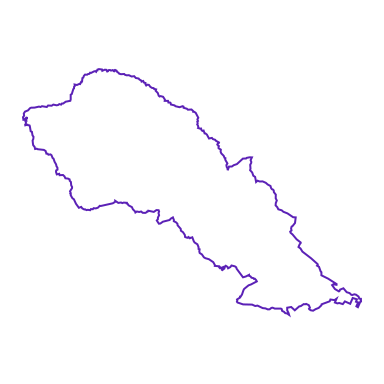 Gura Calitei, Vrancea, Romania (Natural Earth projection)
{"feature_id": "2599482B12509876512521", "entity_name": "Gura Calitei", "entity_type": "district", "adm_level": 2, "iso_a3": "ROU", "parent_name": "Romania", "parent_adm1": "Vrancea", "projection": "natural_earth1", "projection_center": [26.933, 45.627], "detail": "fine", "context": "isolated", "style": "outline", "palette": "violet", "viewbox_px": 384, "rotation_deg": 0, "n_neighbors": 0, "source": "geoboundaries", "source_scale": "gbopen_adm2", "svg_char_len": 5913}
<svg xmlns="http://www.w3.org/2000/svg" viewBox="0 0 384 384"><path d="M357.9,307.2L360.6,301.1L361.0,301.2L360.9,298.8L359.3,298.7L358.6,296.6L356.0,294.7L354.4,294.3L352.2,295.0L351.3,294.8L349.6,293.1L346.7,292.2L343.4,288.3L340.1,289.6L339.4,291.1L338.9,291.4L334.9,289.0L332.1,285.1L333.3,284.3L336.5,284.8L336.6,284.1L328.2,278.7L321.4,275.3L321.4,272.2L320.6,271.3L319.0,266.8L317.1,265.7L317.8,264.9L317.6,264.1L311.1,258.3L302.4,251.6L300.5,248.5L298.5,247.0L299.6,244.4L300.7,243.0L300.7,242.5L296.6,239.3L292.5,234.4L290.6,232.8L290.2,231.6L291.5,230.5L291.1,228.4L291.6,226.6L292.6,226.0L295.0,223.0L295.7,217.4L293.1,217.2L287.5,213.4L283.4,211.8L281.7,210.3L278.3,209.3L277.3,207.2L275.6,205.4L275.8,203.0L276.8,200.5L275.7,198.3L275.8,194.6L273.9,192.2L273.7,190.4L273.0,189.6L271.9,189.2L271.0,187.9L270.5,186.0L267.7,184.5L265.8,182.8L262.6,181.4L259.7,181.5L257.5,180.7L256.1,182.0L255.1,176.9L253.3,175.7L252.2,172.5L250.1,170.2L250.5,168.6L250.2,164.8L251.2,162.9L251.3,161.9L250.6,160.2L251.9,157.4L249.5,157.3L246.6,157.9L246.1,158.5L242.9,158.6L236.9,164.1L233.7,165.2L231.9,166.5L229.0,166.6L228.0,169.5L227.6,169.4L227.6,168.6L226.7,166.9L226.4,165.1L227.4,163.4L225.5,160.2L225.2,159.1L225.4,158.2L224.5,157.8L223.7,155.8L221.3,153.4L220.6,151.7L220.8,149.6L218.6,148.3L218.5,146.7L218.9,146.1L217.3,144.6L217.8,143.5L218.9,142.9L219.0,142.5L215.8,140.7L215.2,139.8L212.9,139.1L211.9,137.9L209.0,138.5L206.9,134.6L205.4,133.4L204.6,133.4L203.6,130.6L202.8,131.0L201.7,130.4L201.0,128.5L200.2,128.7L198.1,128.0L198.4,127.4L197.9,125.4L197.2,124.5L197.7,123.3L197.3,121.6L198.0,121.0L197.4,119.3L198.3,117.8L195.7,112.8L194.2,111.8L193.2,111.8L193.1,111.0L191.5,109.5L187.9,109.7L186.8,108.7L183.6,107.8L183.5,106.6L182.6,106.2L179.6,107.2L175.4,106.2L174.6,105.4L170.9,104.5L170.6,103.0L170.0,102.5L168.4,102.5L168.0,100.9L164.7,100.9L164.9,99.6L163.1,96.8L160.6,96.1L159.6,96.5L158.7,95.7L157.8,93.0L155.6,90.7L156.1,89.4L153.9,88.8L153.6,88.1L152.0,87.9L150.3,86.8L148.9,84.9L147.3,84.7L146.2,85.5L145.5,84.4L145.5,83.0L144.0,82.6L143.2,81.0L141.6,81.6L141.3,80.6L139.4,79.5L138.6,78.5L135.8,78.0L134.2,76.2L131.6,76.5L128.9,75.2L126.6,75.3L125.0,74.8L124.2,74.0L121.0,74.2L119.2,73.7L118.4,72.6L117.4,72.2L116.5,70.6L115.0,69.9L114.6,70.1L114.9,70.9L114.5,71.3L113.8,71.2L112.7,70.1L111.0,70.6L110.0,70.0L108.4,70.2L108.0,71.2L107.2,71.5L106.2,69.8L104.8,69.7L102.3,70.8L102.0,69.5L98.9,69.1L97.5,69.6L97.4,70.5L96.5,70.7L96.1,71.8L95.3,71.2L94.2,71.3L91.1,72.9L90.1,72.7L89.4,73.8L87.9,74.1L87.1,74.7L85.0,74.6L83.8,76.0L83.3,77.6L82.4,78.1L82.1,81.2L81.3,81.6L81.5,82.4L80.6,82.8L80.1,84.1L79.1,84.0L76.9,85.0L74.6,84.5L74.8,86.0L74.1,86.7L74.0,88.4L73.3,89.1L71.8,94.0L70.7,94.7L70.7,99.4L70.3,100.8L65.7,101.7L63.2,103.5L61.9,103.5L61.1,104.6L59.3,104.1L58.1,105.0L56.6,105.3L53.3,104.6L51.7,105.7L48.1,105.5L46.8,107.0L42.0,106.2L40.5,107.0L39.0,106.6L34.6,107.6L31.1,107.7L30.0,108.2L28.0,110.4L25.0,111.6L23.8,113.5L24.1,115.7L23.0,117.2L23.4,119.8L24.3,119.6L26.3,117.6L27.0,117.8L27.0,118.4L26.1,119.4L26.4,120.8L25.3,120.9L26.0,122.8L25.8,124.0L25.2,124.5L25.3,125.3L27.6,124.7L28.0,125.2L29.5,125.4L29.8,126.0L30.7,131.3L31.9,131.8L32.5,135.3L33.5,136.8L33.3,139.0L32.6,140.5L32.9,143.3L33.2,145.2L34.6,146.9L35.1,149.0L36.7,148.7L37.6,149.2L43.9,149.9L45.6,151.0L46.4,153.7L47.6,153.7L48.4,154.7L50.5,154.4L51.5,155.2L52.6,158.0L53.5,158.6L54.6,161.8L56.1,164.4L56.5,166.3L57.4,167.6L57.5,169.6L56.2,170.4L56.0,171.9L56.8,174.4L59.2,173.8L59.6,175.2L63.0,175.0L64.5,176.4L65.4,178.3L68.0,178.6L69.6,179.4L69.7,180.7L70.9,182.0L71.2,185.3L72.1,187.0L72.0,188.2L70.0,191.3L70.7,193.0L70.3,193.6L70.8,194.1L70.7,195.2L72.4,198.2L73.9,199.3L76.0,203.8L78.9,207.8L81.2,206.9L82.3,208.4L84.3,209.5L85.0,209.3L86.5,210.1L87.9,209.8L90.2,210.2L90.9,209.1L92.8,209.2L93.6,208.2L95.8,208.4L97.9,207.7L99.8,205.8L100.7,206.0L112.8,203.3L115.2,201.8L115.2,200.8L118.3,202.9L121.0,202.5L122.3,203.1L123.7,202.6L126.8,202.8L126.7,203.5L127.7,203.9L128.5,205.3L131.9,207.1L132.9,209.3L135.0,211.4L135.4,212.5L136.9,211.5L139.2,212.0L141.1,211.5L142.7,212.8L145.3,212.9L146.7,212.2L147.0,211.6L147.8,211.5L148.2,210.7L153.8,211.9L156.4,210.1L158.6,210.2L159.1,211.5L158.5,213.1L159.1,215.2L157.9,217.6L157.9,219.2L156.8,220.5L158.9,223.7L160.4,223.5L162.9,221.7L169.6,220.0L170.7,218.7L172.9,217.4L173.9,220.0L173.8,221.2L176.0,222.3L177.4,223.7L177.6,225.3L180.7,228.8L180.9,230.7L183.0,232.2L184.8,234.9L185.1,237.0L187.3,237.8L188.3,237.1L188.6,237.7L189.6,237.6L189.9,238.2L192.3,237.3L193.8,241.3L194.6,242.5L197.4,244.3L198.5,247.0L198.6,249.0L199.6,249.3L199.3,251.4L199.7,253.0L201.9,254.4L203.9,257.3L205.4,258.2L208.9,259.2L213.3,262.2L214.9,265.1L214.8,265.9L219.3,266.3L219.7,266.7L219.3,267.5L220.1,268.3L223.1,267.1L222.1,268.4L221.9,269.8L222.3,270.1L224.4,268.5L224.5,267.5L225.8,265.8L227.5,266.9L228.1,268.3L230.3,267.1L231.5,265.5L234.8,266.3L236.2,267.3L236.6,268.7L243.0,277.3L245.8,276.5L249.0,274.9L249.0,275.8L250.4,276.3L251.5,277.7L253.6,278.2L254.0,278.9L254.9,278.8L256.2,280.2L256.8,281.4L250.9,284.5L248.6,285.3L244.2,288.9L243.5,290.1L242.0,294.5L240.7,296.5L240.0,296.6L240.1,297.5L237.0,299.5L237.3,300.4L236.9,301.7L237.5,302.5L243.1,304.4L252.1,304.6L255.2,306.0L257.5,305.6L262.7,308.1L265.5,308.4L267.8,309.4L269.6,309.3L271.4,307.9L272.6,307.7L274.8,308.6L280.9,308.6L281.8,309.2L282.0,310.7L282.3,311.0L284.0,311.8L285.2,313.1L287.2,313.5L289.1,314.9L288.5,312.9L287.2,310.3L287.2,307.7L291.2,307.0L294.8,310.3L299.2,306.4L300.8,306.1L303.7,304.1L305.1,304.3L306.1,303.9L308.7,305.1L309.1,305.8L309.9,307.7L309.0,308.8L309.3,309.3L310.8,310.3L313.1,310.7L315.5,309.2L318.7,307.9L321.4,305.3L321.6,304.3L329.7,301.3L330.4,299.5L334.5,300.1L336.5,298.7L334.9,302.5L337.4,303.4L339.2,303.0L342.8,304.1L344.9,301.4L350.2,303.8L352.7,298.0L356.9,299.3L356.0,301.7L358.1,302.4L356.4,306.3L357.9,307.2Z" fill="none" stroke="#5b21b6" stroke-width="2"/></svg>